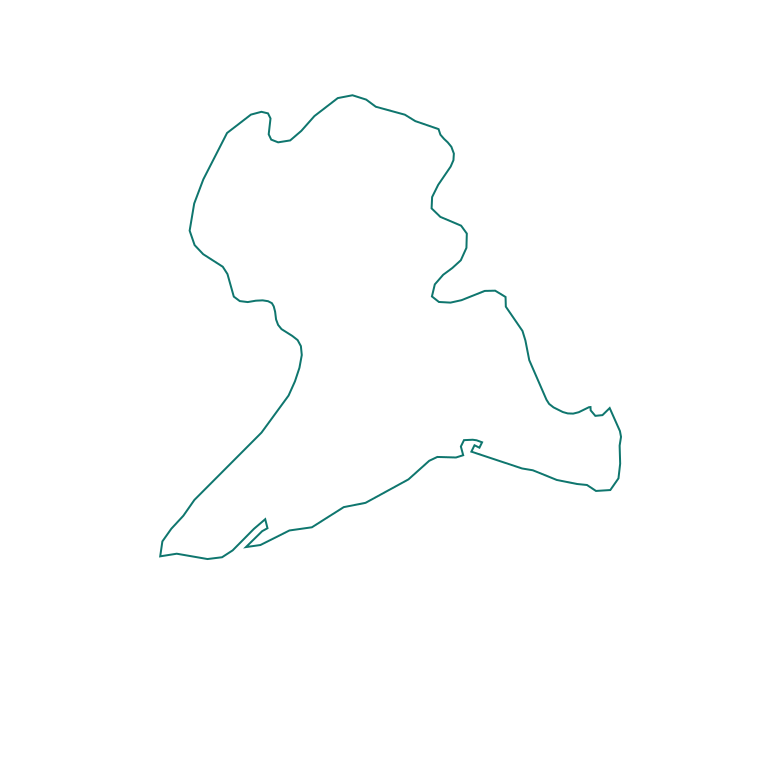 outline of Nam Định, rotated 26°
{"feature_id": "VNM-468", "entity_name": "Nam Định", "entity_type": "Province", "adm_level": 1, "iso_a3": "VNM", "parent_name": "Vietnam", "parent_adm1": "", "projection": "natural_earth1", "projection_center": [106.247, 20.228], "detail": "fine", "context": "isolated", "style": "outline", "palette": "teal", "viewbox_px": 768, "rotation_deg": 26, "n_neighbors": 0, "source": "natural_earth", "source_scale": "10m", "svg_char_len": 1749}
<svg xmlns="http://www.w3.org/2000/svg" viewBox="0 0 768 768"><g transform="rotate(26 384 384)"><path d="M579.7,314.2L581.3,317.1L587.9,320.0L594.0,316.2L597.4,306.7L616.7,322.9L620.2,327.6L622.8,336.1L631.2,352.1L636.1,366.0L633.9,380.1L621.4,387.2L610.7,385.8L601.2,389.3L581.4,394.5L555.6,396.3L545.1,399.4L492.2,406.5L492.2,399.4L497.7,399.4L497.7,393.4L491.9,394.0L488.2,395.2L480.5,399.4L480.5,406.5L486.4,413.3L480.9,418.5L463.9,426.2L458.3,433.2L447.8,459.0L419.5,498.9L401.8,512.3L382.0,544.4L363.2,557.1L343.5,582.9L331.4,591.1L339.0,569.7L342.5,564.7L336.5,557.6L330.6,571.2L320.9,599.9L314.4,610.7L302.1,618.7L272.1,627.4L258.4,637.0L253.8,622.6L256.3,607.3L261.4,590.4L264.4,571.3L295.2,481.4L303.3,436.2L302.8,420.6L300.9,406.5L297.4,394.0L292.7,386.4L287.1,382.4L280.5,381.0L267.8,379.6L262.9,377.3L258.7,373.3L254.4,366.7L250.9,362.6L247.8,360.5L243.5,360.4L238.3,362.0L232.3,365.3L225.6,370.1L218.0,372.7L210.7,371.3L195.1,353.8L187.7,349.3L164.6,346.6L152.9,342.2L142.1,331.4L134.3,305.0L131.9,279.3L132.9,227.2L146.3,200.2L154.5,193.1L161.1,191.6L165.6,195.1L170.9,210.1L175.5,213.8L182.9,213.2L192.9,206.2L198.7,192.8L204.0,173.7L217.1,147.3L229.1,138.3L243.3,136.2L255.1,138.4L284.7,132.8L296.9,134.0L321.3,131.0L325.4,135.2L330.3,137.3L335.4,138.9L340.6,141.3L345.8,146.3L348.3,152.4L348.6,159.4L345.4,181.2L345.3,194.9L349.8,205.3L361.4,209.1L383.9,207.9L392.5,212.5L398.4,225.5L398.8,239.1L394.6,249.7L389.3,259.9L386.0,272.2L388.7,284.3L397.4,286.2L408.1,281.7L416.9,274.7L433.7,256.2L443.0,251.4L455.1,252.5L459.6,261.1L485.2,275.6L492.0,282.9L504.1,298.9L536.9,326.9L541.1,329.5L546.6,330.7L557.0,330.8L562.0,329.9L567.0,327.7L571.4,324.0L578.4,315.0L579.7,314.2Z" fill="none" stroke="#0f766e" stroke-width="2"/></g></svg>